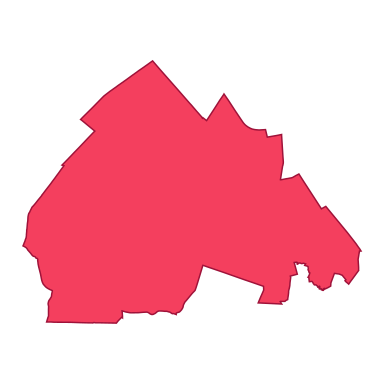 the district of Brazi, Prahova, Romania
{"feature_id": "2599482B36068226507854", "entity_name": "Brazi", "entity_type": "district", "adm_level": 2, "iso_a3": "ROU", "parent_name": "Romania", "parent_adm1": "Prahova", "projection": "equal_earth", "projection_center": [26.003, 44.867], "detail": "fine", "context": "isolated", "style": "filled", "palette": "rose", "viewbox_px": 384, "rotation_deg": 0, "n_neighbors": 0, "source": "geoboundaries", "source_scale": "gbopen_adm2", "svg_char_len": 5787}
<svg xmlns="http://www.w3.org/2000/svg" viewBox="0 0 384 384"><path d="M176.2,314.5L176.1,313.7L176.3,313.3L176.4,313.0L177.1,312.7L179.2,312.1L179.9,311.6L181.5,309.9L182.4,308.5L183.0,307.2L183.3,305.6L183.5,304.9L184.1,303.6L184.9,302.1L186.4,300.4L192.2,293.4L194.9,290.6L195.2,290.1L195.7,288.6L196.1,287.5L197.3,283.7L202.3,267.2L202.7,265.7L202.9,265.3L204.1,265.7L207.5,266.9L223.9,272.5L244.3,279.7L253.1,282.7L263.5,286.3L263.7,289.8L263.6,290.3L262.0,294.0L260.7,296.9L258.2,302.9L281.7,304.0L281.5,303.7L281.0,303.0L280.7,302.1L280.4,301.8L280.2,301.6L280.4,301.4L281.5,301.4L284.4,301.4L284.9,301.4L285.1,301.2L285.9,300.5L286.4,300.2L287.3,299.8L287.7,299.6L287.8,298.3L288.3,295.3L288.6,292.5L288.6,291.4L288.8,290.1L289.3,288.4L289.8,285.7L290.0,282.8L290.7,277.5L290.5,277.0L290.3,276.1L297.3,274.2L294.2,262.5L294.8,262.4L296.5,262.2L296.9,262.3L297.2,262.4L297.4,262.5L297.5,262.7L297.5,263.0L297.1,263.6L297.0,263.8L297.1,264.1L297.4,264.2L297.7,264.1L298.0,263.9L298.4,263.4L298.7,263.2L299.2,263.0L300.2,263.1L300.7,263.2L301.1,263.5L301.6,263.6L302.0,263.6L303.2,263.3L303.7,263.3L305.6,263.9L304.7,265.4L307.1,266.1L308.0,266.5L308.3,268.8L308.0,269.8L308.5,270.5L309.1,272.5L309.4,272.7L309.7,272.7L309.8,272.8L309.8,273.1L309.5,273.9L309.4,274.3L309.3,274.9L308.2,277.0L308.7,276.9L308.9,278.4L309.3,281.7L309.8,281.7L311.4,281.4L312.0,281.4L312.1,281.5L312.5,282.1L312.8,282.4L313.0,282.7L313.1,283.0L313.2,283.4L313.3,283.6L313.6,283.8L314.2,284.7L314.3,284.8L314.5,284.9L315.3,284.8L315.7,284.8L316.2,285.0L316.3,285.1L316.3,285.3L316.4,285.5L317.2,285.8L317.4,286.1L317.5,286.3L317.7,287.0L317.8,287.2L318.2,287.2L318.3,287.1L318.6,286.9L319.3,286.2L319.6,286.3L319.7,286.5L319.8,286.8L319.8,287.3L319.7,287.6L319.5,288.0L319.2,288.3L319.1,288.6L319.2,288.8L319.3,288.9L319.7,289.0L320.0,289.0L320.8,288.7L321.0,288.7L321.3,288.9L321.3,289.0L321.2,289.4L321.2,289.5L321.3,289.7L321.5,289.6L321.9,289.4L322.1,289.3L322.3,289.4L322.4,289.6L322.2,289.8L322.2,290.1L322.3,290.2L322.9,290.4L323.2,290.4L323.4,290.3L323.5,290.2L323.6,289.9L323.6,289.5L323.7,289.1L323.8,288.6L324.1,288.4L324.4,288.4L324.7,288.4L324.9,288.5L325.0,288.6L325.0,289.0L327.2,288.0L328.0,287.6L329.8,286.6L330.7,286.1L330.9,282.9L334.4,273.4L339.0,274.0L340.1,274.4L342.3,275.3L343.2,276.5L344.8,278.4L345.9,279.8L345.0,280.7L345.6,281.5L348.0,283.5L348.5,283.9L348.7,284.1L351.1,280.7L352.1,279.4L354.0,276.8L358.7,270.4L358.6,269.9L358.6,269.2L358.6,267.3L358.4,263.9L358.3,262.9L358.3,262.2L358.2,260.9L358.1,259.6L358.2,258.7L358.7,255.8L358.9,254.4L359.5,251.1L361.0,251.0L359.7,248.9L358.0,246.6L356.3,244.1L353.7,240.7L347.3,232.5L325.8,206.4L321.4,208.8L304.2,182.3L298.9,174.0L296.0,175.5L292.9,177.3L292.5,177.5L291.6,177.8L291.1,177.9L290.5,178.0L289.4,178.2L287.9,178.5L286.5,178.7L282.4,179.5L281.8,179.6L281.2,179.7L281.0,179.8L280.7,179.8L280.4,179.7L280.5,179.3L281.0,176.1L282.5,166.6L282.6,166.0L282.9,165.2L283.0,164.6L283.2,163.5L283.3,163.0L283.3,162.2L283.3,161.5L282.9,156.2L281.9,140.3L281.7,136.9L281.6,135.5L281.6,134.5L278.7,135.1L276.1,135.6L267.3,137.1L265.5,129.6L259.1,130.0L256.5,129.8L254.8,129.6L252.4,129.1L250.4,128.3L248.9,127.5L248.3,127.2L246.3,125.8L244.9,124.6L243.4,122.9L242.7,121.9L241.2,119.7L237.9,114.8L235.4,111.1L228.5,100.5L224.0,94.0L223.8,94.4L219.6,100.5L217.2,104.3L213.4,110.2L206.6,120.6L203.0,117.8L202.7,118.2L202.6,118.3L202.4,118.1L202.6,118.0L202.0,117.3L196.6,111.2L191.3,105.0L189.7,103.3L178.0,89.9L160.2,69.7L152.6,60.9L151.3,61.8L148.4,63.9L141.9,68.5L138.8,70.6L136.4,72.4L133.0,74.8L126.3,79.7L118.2,85.4L115.8,87.2L113.5,88.8L112.0,89.9L110.1,91.2L108.3,92.6L106.5,94.0L105.7,94.6L103.8,96.1L102.3,97.6L93.0,107.1L82.7,117.3L80.6,119.5L81.5,120.1L94.8,131.1L93.0,132.9L87.9,138.2L78.6,148.0L74.4,152.3L70.2,156.7L64.9,162.2L62.0,165.1L63.9,165.7L63.0,167.0L61.2,169.4L58.1,173.7L57.4,174.6L54.8,178.2L52.3,181.5L50.8,183.6L45.9,189.9L42.4,194.5L41.8,195.2L41.8,195.5L38.0,200.1L35.5,203.3L33.3,205.9L32.5,206.6L32.2,207.0L31.7,207.8L31.3,208.7L31.1,209.1L30.2,210.9L29.8,211.9L29.2,212.8L28.7,213.7L28.4,214.8L28.0,216.9L27.8,220.7L27.4,223.5L27.0,228.3L26.9,229.3L26.8,229.6L26.7,229.9L26.7,231.3L26.4,234.7L26.4,235.8L26.2,237.0L26.2,237.5L26.0,237.9L25.9,238.5L25.7,238.8L25.5,239.2L24.9,241.3L24.3,242.6L23.7,244.3L23.0,245.9L24.6,246.7L25.7,247.4L26.4,247.9L26.7,248.3L26.9,248.5L27.4,249.3L27.7,249.9L29.1,251.5L30.5,253.1L32.1,255.2L32.5,255.6L33.1,256.1L33.5,256.3L33.9,256.4L34.4,256.5L34.9,256.7L35.3,257.0L35.6,257.3L35.8,257.8L36.0,258.1L36.6,258.4L37.2,258.4L37.4,258.7L37.7,259.1L37.8,259.3L37.7,260.2L37.7,260.6L37.7,260.8L37.9,261.9L38.1,264.0L38.4,265.4L38.6,266.5L40.5,273.9L41.5,279.2L41.8,280.5L42.4,282.3L43.3,284.2L44.6,285.7L45.6,286.8L46.7,287.7L48.1,288.6L49.8,289.5L52.3,290.6L52.3,291.3L52.0,292.8L51.7,294.1L51.5,296.2L51.3,296.8L50.8,297.7L50.4,298.3L50.0,299.0L49.0,300.4L48.6,301.3L48.5,301.7L48.3,302.5L48.2,303.1L48.1,303.7L48.2,304.6L48.3,305.0L48.6,306.4L48.5,309.3L48.5,311.6L48.5,316.1L47.9,317.6L46.6,322.0L51.2,322.0L54.2,322.2L70.6,322.3L78.9,322.6L86.4,322.8L93.0,322.9L93.5,322.6L94.6,322.6L95.4,322.8L100.1,322.8L116.4,323.1L117.8,321.3L118.7,320.3L121.8,317.2L122.5,317.8L122.5,316.1L122.1,310.9L122.5,311.0L125.5,311.9L126.5,312.1L129.6,312.7L131.1,312.8L138.4,312.7L142.9,312.3L146.5,312.1L147.1,312.2L147.6,312.3L148.1,312.5L148.8,312.9L149.5,313.4L150.0,313.8L150.8,314.2L151.2,314.3L151.7,314.5L152.2,314.5L153.1,314.4L153.5,314.2L155.0,313.5L156.2,312.6L157.3,311.6L157.7,311.4L158.2,311.2L158.9,311.0L159.5,311.0L161.1,311.0L162.9,311.1L164.6,311.3L165.5,311.3L166.8,311.3L168.1,311.7L169.1,312.0L169.7,312.0L170.9,312.8L171.3,313.1L172.3,313.7L172.9,313.6L173.6,313.6L174.8,314.0L175.3,314.2L176.2,314.5Z" fill="#f43f5e" stroke="#9f1239" stroke-width="1.5"/></svg>